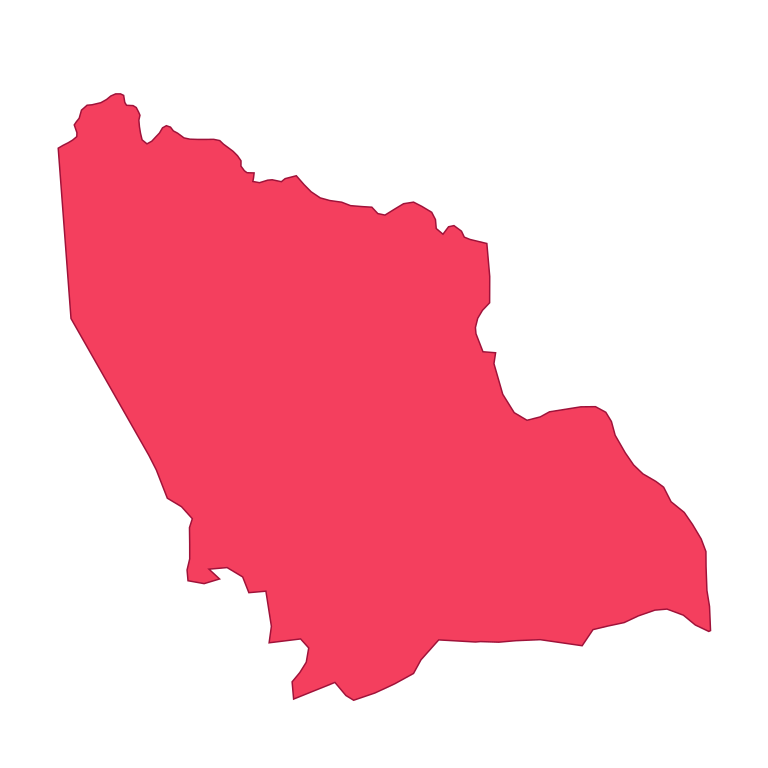 Kampar, Perak, Malaysia (Robinson projection), rotated 265°
{"feature_id": "92858781B88195291987558", "entity_name": "Kampar", "entity_type": "district", "adm_level": 2, "iso_a3": "MYS", "parent_name": "Malaysia", "parent_adm1": "Perak", "projection": "robinson", "projection_center": [101.24, 4.393], "detail": "fine", "context": "isolated", "style": "filled", "palette": "rose", "viewbox_px": 768, "rotation_deg": 265, "n_neighbors": 0, "source": "geoboundaries", "source_scale": "gbopen_adm2", "svg_char_len": 2171}
<svg xmlns="http://www.w3.org/2000/svg" viewBox="0 0 768 768"><g transform="rotate(265 384 384)"><path d="M647.3,80.0L476.5,77.9L333.3,143.6L318.2,149.7L289.1,158.2L279.4,171.6L266.5,181.3L257.9,177.7L241.7,176.5L226.7,175.2L215.9,171.6L205.1,171.6L200.8,187.4L204.1,203.2L214.8,193.5L214.8,211.7L204.1,226.4L187.9,231.2L187.9,248.3L152.4,250.7L136.2,247.0L137.3,278.7L127.6,286.0L113.6,282.3L103.9,275.0L95.3,266.5L78.0,266.5L91.0,309.1L77.0,318.9L71.6,326.2L77.0,348.1L84.5,368.8L93.1,388.2L106.0,396.8L124.3,416.2L122.2,430.8L119.0,452.7L119.0,457.6L116.8,475.9L116.8,492.9L115.7,517.3L106.0,558.6L121.1,570.8L123.3,585.4L125.4,602.5L130.8,617.1L135.1,634.1L135.1,646.3L127.6,662.1L116.8,673.1L109.2,686.0L109.9,687.8L134.0,688.9L150.2,687.7L173.9,688.9L189.0,690.1L201.9,686.5L217.0,679.2L229.9,671.9L241.7,659.7L256.8,653.6L263.3,646.3L271.9,634.1L281.6,625.6L294.5,618.3L312.8,609.8L326.8,607.3L336.5,602.5L343.0,592.7L344.1,578.1L341.9,546.5L337.6,536.7L335.4,523.3L344.1,511.2L363.4,501.4L394.7,495.3L405.4,497.9L407.5,485.4L426.1,480.0L432.3,480.0L441.3,483.1L448.8,488.5L455.7,496.3L481.9,498.7L515.0,498.7L520.5,482.3L523.3,476.8L529.5,474.5L535.7,467.5L535.0,462.0L528.1,455.8L534.3,449.6L543.3,449.6L550.9,446.5L557.7,437.1L562.6,429.3L561.9,419.2L557.7,410.6L552.2,399.7L554.3,392.7L561.2,387.3L562.6,377.9L564.6,366.2L568.8,357.7L571.5,346.0L575.0,336.6L581.9,328.1L589.5,321.8L599.1,314.8L597.2,303.4L594.5,299.4L597.2,290.4L597.2,285.9L595.4,277.5L597.2,271.0L600.7,272.0L605.6,273.0L606.4,266.0L608.6,263.5L613.5,260.5L618.8,261.0L624.1,258.0L628.9,254.0L632.5,250.0L636.9,245.0L640.8,241.6L642.6,235.6L643.1,228.6L643.9,219.6L644.8,212.1L646.6,206.2L651.9,200.2L654.5,196.2L658.5,193.7L660.3,189.7L658.5,185.7L653.6,182.2L649.7,177.8L646.1,173.8L643.9,168.8L648.3,164.3L655.0,163.3L661.6,162.8L668.2,162.8L673.0,164.3L676.1,163.3L681.0,161.3L683.2,158.3L684.1,151.8L687.2,150.3L694.2,149.8L696.0,146.8L696.4,141.9L694.7,136.9L691.6,132.4L688.9,126.4L687.6,117.4L687.6,112.5L683.2,106.5L675.3,103.5L672.2,100.5L669.1,98.0L661.1,100.0L657.2,99.5L654.1,95.0L651.9,90.5L649.7,85.0L647.3,80.0Z" fill="#f43f5e" stroke="#9f1239" stroke-width="1.5"/></g></svg>